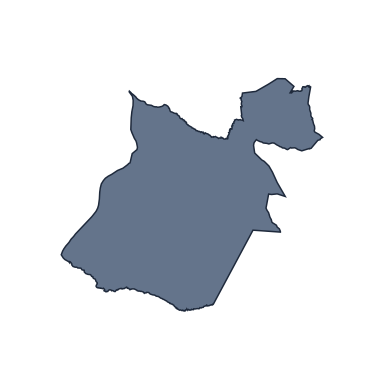 the district of Mulobezi, Western, Zambia, rotated 254°
{"feature_id": "96606910B3196683578902", "entity_name": "Mulobezi", "entity_type": "district", "adm_level": 2, "iso_a3": "ZMB", "parent_name": "Zambia", "parent_adm1": "Western", "projection": "mercator", "projection_center": [24.85, -16.28], "detail": "fine", "context": "isolated", "style": "filled", "palette": "slate", "viewbox_px": 384, "rotation_deg": 254, "n_neighbors": 0, "source": "geoboundaries", "source_scale": "gbopen_adm2", "svg_char_len": 5998}
<svg xmlns="http://www.w3.org/2000/svg" viewBox="0 0 384 384"><g transform="rotate(254 192 192)"><path d="M305.6,159.2L300.4,161.1L296.2,160.7L291.2,159.1L285.7,156.3L280.0,154.0L268.9,150.4L265.5,150.6L259.5,151.4L256.6,152.2L254.5,152.3L250.0,151.9L247.9,150.8L245.4,145.1L237.1,140.5L236.8,138.9L236.1,137.9L233.9,132.2L233.2,126.3L231.1,119.7L230.3,115.9L229.1,112.5L227.5,110.1L224.8,107.1L221.2,105.0L217.1,103.2L210.7,101.0L205.0,98.5L202.5,96.9L199.8,94.4L195.8,88.8L183.8,68.5L181.9,66.0L180.0,62.8L177.4,59.8L174.9,55.9L172.8,53.3L170.8,51.3L167.7,49.0L164.0,50.1L162.1,51.2L159.0,54.3L157.8,54.8L158.8,55.2L158.5,55.7L156.4,56.6L154.9,56.4L153.2,57.1L151.9,59.0L151.5,60.5L150.5,61.2L149.4,64.2L147.5,64.8L146.7,66.2L146.7,66.6L146.4,66.8L144.9,66.4L142.9,67.4L141.5,69.3L140.5,71.7L138.5,72.3L138.0,73.3L137.0,73.2L136.1,73.5L134.8,75.0L132.6,75.1L130.9,75.9L130.1,75.7L130.1,75.4L129.3,75.1L128.8,74.3L128.0,73.9L127.5,73.8L126.4,74.3L126.1,75.0L125.7,75.2L125.7,75.9L125.2,76.3L125.1,77.3L124.7,77.5L124.3,78.7L123.9,79.0L123.7,79.6L123.9,80.3L122.4,81.1L121.7,80.8L121.6,80.3L121.1,80.3L120.5,81.3L119.8,81.7L119.7,82.5L119.9,82.6L119.6,83.6L120.5,84.7L120.7,86.1L119.9,87.3L119.2,87.5L119.2,88.4L118.7,89.2L117.9,89.7L117.5,90.7L118.7,92.4L118.3,92.9L118.7,93.6L118.4,93.9L118.9,94.9L119.0,96.6L118.8,96.8L118.7,97.7L118.2,97.8L118.0,98.3L118.2,99.2L117.8,99.9L118.6,102.9L118.3,103.2L117.7,103.2L117.5,103.6L117.2,103.5L116.9,104.4L115.8,105.1L115.7,105.5L115.2,105.5L115.4,107.6L114.8,109.7L112.7,112.0L112.2,112.1L111.3,113.7L111.2,114.5L110.6,115.2L110.4,116.1L109.2,117.7L107.8,118.2L108.1,118.9L107.7,119.7L107.7,120.3L108.0,120.6L107.6,122.1L107.0,122.9L105.7,123.5L105.0,124.3L103.7,126.3L103.5,127.2L102.7,128.2L101.8,128.8L100.8,130.9L98.6,132.7L97.5,134.2L96.8,134.6L96.5,135.3L94.8,136.8L94.4,137.5L93.2,138.1L91.7,139.8L91.0,140.0L91.0,140.5L90.2,141.0L89.4,142.4L88.8,142.6L88.3,143.2L86.7,143.7L85.3,144.9L85.1,144.7L84.9,145.1L84.7,144.9L83.9,145.3L83.8,146.0L83.3,146.0L81.8,147.5L81.8,148.4L80.7,149.7L81.0,150.5L80.5,151.1L80.2,151.1L80.1,151.9L79.9,151.9L80.0,152.3L79.6,152.5L79.8,153.2L80.4,153.4L80.3,154.6L80.6,154.7L80.3,154.8L80.3,155.3L80.0,155.3L80.3,155.6L80.0,156.3L79.2,156.6L79.3,157.2L78.9,158.0L79.3,159.1L78.9,159.3L79.0,159.7L78.5,161.0L79.1,161.4L78.9,161.6L79.0,162.2L78.7,162.8L78.5,164.9L77.8,166.6L78.7,167.8L78.0,168.7L78.3,169.9L78.0,170.7L78.1,171.2L78.8,171.9L78.7,173.0L78.9,173.8L78.6,174.2L79.3,174.9L79.1,175.1L78.7,174.9L78.1,175.7L78.2,176.5L78.0,176.9L78.3,179.3L77.9,179.9L78.2,180.0L78.1,181.3L78.6,181.4L78.7,182.0L138.5,240.1L129.1,265.9L129.8,266.1L132.5,265.8L134.8,264.2L136.8,264.0L140.4,260.8L141.1,260.5L143.7,260.6L146.1,260.0L151.1,259.9L153.5,259.1L156.1,258.7L168.9,265.1L167.7,267.7L166.7,273.4L162.0,280.4L177.6,276.5L188.9,274.8L195.8,273.1L201.5,269.9L203.6,267.9L212.2,263.0L219.7,264.0L221.5,264.8L222.5,265.5L224.6,268.3L223.6,269.1L221.6,271.4L220.9,272.8L219.5,274.0L218.1,277.4L217.0,279.1L217.1,282.6L216.3,284.5L213.8,286.6L212.3,288.3L211.7,288.6L210.4,290.5L209.5,291.0L208.6,293.2L207.0,294.6L206.4,295.6L207.5,299.0L206.9,299.6L206.2,302.9L205.4,304.0L203.8,305.3L201.3,308.9L201.5,316.7L201.1,316.7L201.2,318.6L207.0,327.2L207.0,329.6L207.8,330.1L208.5,332.6L212.5,329.9L215.6,326.7L217.0,326.3L219.0,327.4L221.6,327.9L223.9,327.6L228.0,327.8L228.5,327.7L228.6,327.4L229.2,328.2L229.7,328.2L231.0,327.5L232.6,327.3L235.0,328.0L238.6,327.8L241.3,328.6L243.0,328.4L243.8,327.9L245.4,328.0L251.4,330.6L260.3,335.0L260.7,334.6L260.5,334.1L261.0,334.2L261.1,333.5L261.5,333.6L261.4,333.4L261.7,333.5L262.1,333.1L262.0,332.4L262.4,332.1L262.0,331.2L262.0,330.6L261.6,330.3L261.4,329.8L261.8,329.1L262.3,328.9L262.6,327.6L260.8,326.0L260.1,326.1L259.6,325.8L259.1,325.3L259.2,324.5L258.9,324.1L259.3,322.7L259.5,322.7L260.3,321.3L260.4,319.0L261.0,317.9L260.8,317.5L261.4,316.8L261.2,315.9L260.8,315.8L260.7,316.1L260.4,316.1L260.2,315.6L260.4,315.3L259.8,315.0L260.3,313.6L265.4,319.1L275.2,312.7L277.5,305.2L274.5,295.0L271.1,281.2L273.2,267.8L270.2,266.4L269.7,265.9L269.0,264.2L268.5,264.3L268.1,265.0L266.8,264.6L265.4,264.9L263.7,263.9L262.4,263.6L261.1,263.8L260.3,263.4L259.8,263.8L260.5,262.4L252.2,261.0L252.0,260.6L251.6,260.4L249.9,260.5L248.7,261.0L246.5,260.9L247.3,260.0L247.7,258.8L248.3,258.4L248.4,256.4L248.9,256.1L249.0,255.5L249.6,254.9L249.4,252.8L248.7,252.7L247.8,251.5L246.7,251.3L246.6,250.2L245.0,249.0L244.5,249.3L244.3,248.3L243.2,248.4L242.4,247.9L241.6,247.8L241.6,247.0L242.0,247.0L242.3,246.5L242.2,246.1L241.6,245.5L241.0,245.5L241.1,245.2L240.7,245.0L239.4,244.9L239.0,243.6L237.7,243.8L236.9,242.8L236.0,242.5L235.9,241.7L235.1,241.3L234.2,241.5L233.3,240.9L233.4,240.2L234.2,239.8L233.7,238.4L234.3,237.1L235.0,236.9L235.1,236.5L235.5,236.3L235.5,235.9L236.1,235.7L236.1,235.2L236.6,235.0L235.9,234.4L236.4,233.2L236.2,232.2L237.3,231.6L237.8,230.7L238.9,229.9L238.8,228.8L239.3,227.9L238.8,227.5L239.6,226.3L239.4,225.8L241.5,225.0L241.8,224.3L242.3,224.2L243.4,223.3L244.6,221.4L245.0,221.3L244.6,220.1L244.9,220.2L245.1,219.6L245.3,219.9L245.5,219.3L246.6,219.1L246.5,218.4L247.1,217.7L247.0,217.2L247.3,217.3L247.4,216.6L248.5,215.4L248.4,214.8L249.5,213.9L249.9,212.8L251.2,212.6L251.7,211.5L252.3,211.4L253.3,210.3L253.4,209.8L254.3,209.6L257.3,206.6L257.7,206.7L258.8,205.7L259.8,205.4L260.2,205.8L261.2,205.4L261.3,204.9L262.3,204.6L262.4,204.2L263.0,204.4L263.9,203.5L264.2,202.8L265.3,202.7L265.5,201.5L266.5,200.8L268.4,200.7L270.3,199.2L270.9,199.3L271.5,199.0L271.6,198.5L272.0,198.4L272.0,197.8L272.7,196.6L274.2,195.0L275.0,193.7L275.9,193.3L278.3,193.3L279.2,192.8L279.4,193.0L281.1,192.4L282.8,191.0L283.7,189.4L282.9,188.0L282.6,186.8L282.7,183.8L283.0,182.3L283.7,181.3L284.0,180.1L284.8,178.6L286.5,176.9L288.2,173.0L289.7,171.9L290.3,171.9L291.8,171.4L292.7,170.1L293.5,168.0L295.5,165.9L297.7,164.5L298.4,164.4L300.8,163.0L302.7,161.7L303.2,161.1L304.2,160.8L306.2,159.6L305.6,159.2Z" fill="#64748b" stroke="#1e293b" stroke-width="1.5"/></g></svg>